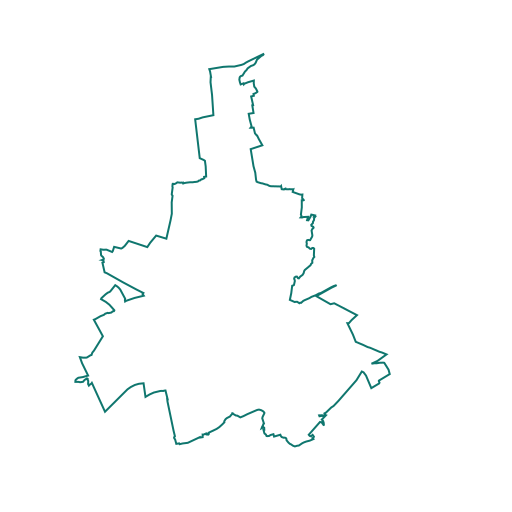 Dangeni, Botosani, Romania, rotated 101°
{"feature_id": "2599482B5486255485397", "entity_name": "Dangeni", "entity_type": "district", "adm_level": 2, "iso_a3": "ROU", "parent_name": "Romania", "parent_adm1": "Botosani", "projection": "mercator", "projection_center": [26.905, 47.853], "detail": "fine", "context": "isolated", "style": "outline", "palette": "teal", "viewbox_px": 512, "rotation_deg": 101, "n_neighbors": 0, "source": "geoboundaries", "source_scale": "gbopen_adm2", "svg_char_len": 6110}
<svg xmlns="http://www.w3.org/2000/svg" viewBox="0 0 512 512"><g transform="rotate(101 256 256)"><path d="M329.7,394.7L331.8,390.6L336.3,384.7L337.0,384.8L337.3,385.0L337.7,386.1L339.1,387.2L340.2,389.8L340.1,390.7L341.4,393.0L342.8,394.1L344.7,397.1L348.5,401.5L349.5,403.0L364.0,391.0L379.8,397.0L382.0,398.2L384.6,398.6L384.9,399.4L387.8,402.5L388.2,403.3L388.8,406.4L388.9,409.6L394.4,406.3L405.4,398.0L407.9,402.9L409.4,407.1L410.1,407.9L411.9,409.3L412.5,409.5L414.0,409.3L413.4,405.9L413.5,405.1L413.3,404.0L412.5,401.8L410.5,400.7L408.4,398.6L408.7,397.8L409.6,397.8L410.1,397.1L410.9,396.8L413.7,396.4L415.1,395.3L413.6,394.3L412.8,393.3L411.9,392.9L437.7,374.5L411.4,356.7L408.5,353.9L405.7,350.3L403.8,346.6L402.4,342.1L415.4,337.6L412.2,334.0L409.5,330.2L406.8,324.3L406.4,322.8L406.2,321.3L405.7,320.5L405.3,319.2L413.3,315.5L413.3,315.9L415.8,315.1L443.2,303.6L448.0,301.4L448.4,301.2L449.6,301.8L450.3,301.6L451.7,300.3L455.6,298.4L454.6,295.7L455.3,295.1L454.0,292.2L452.4,287.3L444.5,276.5L444.9,276.3L444.0,273.8L441.5,274.3L441.5,273.6L440.6,272.5L440.5,271.3L439.6,271.0L439.6,270.4L440.6,270.0L440.4,268.7L439.8,268.4L438.4,268.6L433.3,261.7L431.0,259.4L427.8,257.0L425.4,255.4L425.2,255.6L423.9,255.5L421.9,254.7L420.6,253.6L418.4,250.8L417.4,250.4L415.7,249.3L414.9,249.3L414.8,248.9L415.4,248.2L416.4,245.4L416.3,243.8L417.4,240.6L415.6,237.8L412.9,234.3L407.1,225.8L406.4,224.4L406.2,223.4L406.4,221.3L407.2,219.1L408.2,217.9L408.8,217.8L412.6,218.8L414.1,218.9L419.0,216.2L419.8,216.8L421.5,216.8L422.0,217.3L423.9,217.6L422.6,216.1L423.0,215.2L425.0,214.7L425.2,215.5L427.7,214.3L428.6,213.8L429.4,212.2L430.7,211.3L430.7,210.7L430.2,208.9L428.9,207.5L427.6,204.9L429.8,203.8L426.8,198.0L427.8,197.4L428.8,196.3L429.1,194.2L428.8,193.0L429.1,191.8L429.5,191.4L431.1,190.8L433.0,188.5L434.0,186.8L434.1,186.0L435.2,183.4L435.5,181.5L434.4,179.4L433.9,177.8L430.9,174.8L429.7,173.2L428.5,171.2L427.0,168.0L424.8,164.8L424.0,165.8L423.3,164.9L422.3,164.7L420.8,166.3L422.2,167.4L422.5,168.3L422.3,169.0L421.4,170.1L406.7,161.5L406.8,160.8L406.6,160.0L409.5,156.9L407.9,157.5L407.1,157.6L405.2,158.6L404.0,160.2L399.7,157.4L400.1,158.9L400.4,161.0L401.2,163.1L400.4,163.6L400.1,162.6L400.3,162.0L399.7,161.0L399.8,159.9L399.5,159.0L399.7,158.5L399.3,157.5L398.7,157.3L397.4,158.7L396.2,157.3L390.3,153.2L388.5,151.3L382.6,147.5L358.8,133.7L349.2,130.1L349.7,128.2L352.4,125.2L363.7,117.6L357.6,110.8L356.8,110.6L355.3,111.6L354.9,111.6L346.4,102.2L342.3,104.2L336.4,109.7L336.4,110.7L337.2,114.2L338.3,117.2L338.6,119.0L339.7,122.1L335.8,116.7L327.7,109.1L326.7,114.0L326.5,116.4L324.3,126.6L324.1,129.0L322.9,133.6L321.2,141.7L314.6,145.9L304.5,153.5L304.2,152.0L300.6,149.9L294.8,145.6L287.5,170.2L289.1,173.7L283.9,189.1L272.6,175.7L269.7,171.8L269.2,171.4L270.7,174.0L272.4,176.3L279.9,185.2L280.8,187.1L283.0,189.7L285.5,193.7L287.2,195.6L290.0,199.7L291.0,201.0L293.4,202.8L293.4,203.7L294.1,204.4L293.1,206.8L293.3,208.0L293.8,209.2L292.6,214.4L285.8,214.3L278.3,214.8L277.7,213.7L277.2,213.2L273.2,213.1L272.3,213.4L271.1,214.2L269.7,214.1L268.6,212.9L268.4,211.9L269.8,210.5L269.8,209.7L267.7,208.6L265.7,206.7L263.9,206.0L261.4,205.8L260.4,205.4L254.6,200.7L253.2,200.4L251.9,199.4L249.5,200.0L246.7,199.2L245.8,198.6L244.4,199.3L237.7,200.3L237.2,201.1L237.3,202.0L237.6,202.5L238.5,203.1L238.6,204.0L238.5,204.6L237.5,206.1L237.4,207.3L237.2,207.8L236.2,208.4L234.1,208.5L232.7,209.1L231.0,209.0L230.5,208.4L230.2,207.5L230.3,206.6L230.1,205.9L226.3,204.6L225.0,204.6L220.4,206.3L218.6,205.8L217.7,205.0L217.1,204.9L216.4,205.4L215.9,207.2L214.9,207.7L212.8,206.4L211.6,206.6L209.6,205.9L207.8,206.2L206.1,205.4L206.2,206.6L204.9,206.0L204.8,209.6L206.8,209.9L211.0,211.4L211.1,212.7L207.6,212.4L208.7,216.8L209.4,218.1L209.6,219.5L208.4,218.9L207.6,219.2L206.9,219.8L199.6,220.3L192.6,221.7L192.3,220.1L192.1,219.8L191.7,220.0L190.7,221.5L190.2,221.8L186.8,222.2L187.2,223.5L187.2,225.1L186.1,232.2L183.5,232.1L183.7,232.4L183.5,232.9L184.0,235.2L183.9,235.6L184.2,236.5L184.6,238.4L184.7,239.6L184.2,239.9L184.9,241.0L185.2,241.0L185.4,241.6L185.5,243.5L182.6,244.7L183.0,244.9L183.2,246.0L184.7,254.9L184.6,256.4L183.9,258.5L183.9,260.4L183.5,263.6L183.6,264.8L183.2,268.5L182.9,269.6L181.1,270.5L174.4,272.6L168.3,275.6L152.1,281.6L146.1,270.9L140.6,275.6L137.5,277.9L137.4,278.1L137.5,278.3L135.8,280.4L130.5,282.8L131.1,285.8L129.6,285.1L123.2,288.2L117.8,290.3L116.1,285.7L108.8,288.4L108.5,287.6L100.3,291.2L99.1,288.7L97.4,289.4L96.3,287.6L94.7,286.0L94.3,286.0L91.6,288.1L90.1,290.0L86.8,291.2L84.2,291.6L86.9,296.9L89.1,300.3L89.8,300.7L88.9,301.2L90.5,303.8L88.6,304.9L86.1,306.0L83.8,306.1L83.0,305.8L82.1,305.0L81.5,303.7L77.0,302.0L75.5,300.9L73.4,300.0L70.5,297.3L69.2,295.1L68.2,294.1L66.4,293.2L63.1,292.5L58.5,288.9L57.6,287.6L56.8,287.1L56.4,287.4L66.3,300.6L68.0,302.7L69.9,304.6L71.2,306.8L74.1,313.3L75.2,318.8L76.6,324.3L81.5,337.5L83.6,336.3L88.6,334.4L88.6,334.6L94.1,333.8L106.2,329.9L125.9,324.7L130.1,334.8L132.2,338.5L133.4,341.8L170.7,329.9L171.7,325.7L172.3,324.3L177.6,322.5L187.5,320.1L188.2,322.0L189.5,321.6L190.9,323.4L191.1,324.2L192.5,325.3L192.9,326.5L193.7,327.0L194.3,328.0L194.9,329.7L195.0,330.3L195.7,332.2L196.2,334.8L197.2,338.0L198.0,340.1L198.7,341.3L198.0,341.7L198.2,341.9L198.1,343.0L198.5,344.3L198.7,347.3L199.6,348.0L200.9,349.7L201.1,350.5L200.9,351.0L201.0,351.5L201.3,351.6L203.8,351.3L204.6,350.9L211.4,350.5L211.8,350.4L212.8,349.4L219.3,349.0L230.6,346.7L237.5,346.7L256.1,347.3L255.0,357.9L263.2,362.4L268.0,364.4L265.5,383.9L271.2,386.8L273.6,388.7L274.4,389.8L274.1,397.0L278.4,397.5L279.5,398.0L278.3,403.9L279.0,407.2L279.1,409.8L280.8,409.7L281.2,409.2L284.6,408.3L285.2,407.8L286.4,405.8L287.8,404.8L288.5,405.0L289.3,406.3L289.3,405.7L289.9,404.7L291.1,404.3L291.8,405.5L300.9,401.5L301.4,399.0L307.2,381.6L311.7,367.0L313.8,359.5L315.0,360.1L316.4,358.6L320.3,367.1L324.7,374.8L325.6,375.8L324.3,376.3L322.9,376.3L314.8,382.9L313.3,384.8L312.3,386.6L311.5,388.6L318.2,392.1L319.2,392.8L320.3,394.5L322.4,396.4L326.9,399.7L327.9,399.9L329.7,394.7Z" fill="none" stroke="#0f766e" stroke-width="2"/></g></svg>